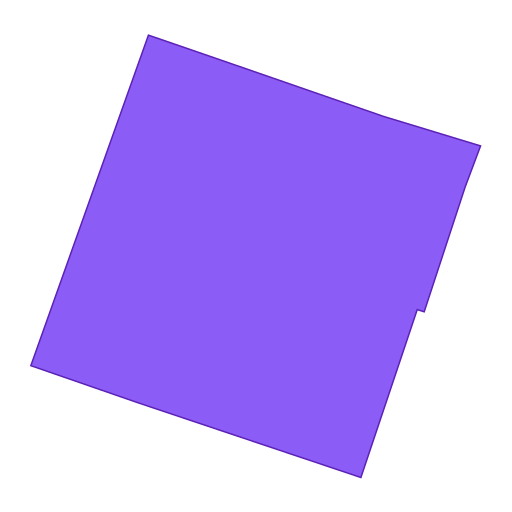 the district of Montmorency, Michigan, United States of America, rotated 19°
{"feature_id": "52423323B25312059871419", "entity_name": "Montmorency", "entity_type": "district", "adm_level": 2, "iso_a3": "USA", "parent_name": "United States of America", "parent_adm1": "Michigan", "projection": "mercator", "projection_center": [-84.081, 45.028], "detail": "fine", "context": "isolated", "style": "filled", "palette": "violet", "viewbox_px": 512, "rotation_deg": 19, "n_neighbors": 0, "source": "geoboundaries", "source_scale": "gbopen_adm2", "svg_char_len": 295}
<svg xmlns="http://www.w3.org/2000/svg" viewBox="0 0 512 512"><g transform="rotate(19 256 256)"><path d="M169.0,82.2L82.4,82.2L78.8,433.0L193.2,433.2L427.3,431.3L425.9,254.2L433.2,254.0L431.3,122.4L432.5,78.8L330.9,82.5L169.0,82.2Z" fill="#8b5cf6" stroke="#5b21b6" stroke-width="1.5"/></g></svg>